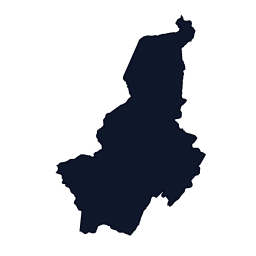 Piraí do Sul, Paraná, Brazil (orthographic projection), rotated 265°
{"feature_id": "56859067B71584283665697", "entity_name": "Piraí do Sul", "entity_type": "district", "adm_level": 2, "iso_a3": "BRA", "parent_name": "Brazil", "parent_adm1": "Paraná", "projection": "orthographic", "projection_center": [-49.926, -24.444], "detail": "fine", "context": "isolated", "style": "filled", "palette": "ink", "viewbox_px": 256, "rotation_deg": 265, "n_neighbors": 0, "source": "geoboundaries", "source_scale": "gbopen_adm2", "svg_char_len": 4987}
<svg xmlns="http://www.w3.org/2000/svg" viewBox="0 0 256 256"><g transform="rotate(265 128 128)"><path d="M29.8,71.5L29.5,72.6L28.8,73.6L27.4,75.1L26.8,76.1L27.1,77.7L28.2,79.4L28.3,80.5L27.6,81.7L26.8,83.8L26.9,85.4L27.4,86.5L29.3,87.2L31.0,88.2L32.4,88.5L33.5,89.7L34.1,91.9L34.9,94.3L34.5,96.7L34.1,98.0L33.3,99.4L32.7,100.3L32.7,102.0L30.7,102.3L29.7,102.9L28.8,104.6L28.2,106.2L27.9,107.4L27.3,108.2L25.5,109.8L25.2,110.8L25.0,112.3L25.2,113.8L24.4,115.0L23.4,116.7L22.6,118.7L21.7,120.0L21.5,121.3L22.7,121.8L23.3,123.0L24.6,123.9L26.2,126.0L27.2,126.7L28.6,127.6L29.8,128.3L30.7,129.5L31.6,130.3L32.8,130.5L33.8,131.0L34.8,131.5L36.6,132.1L37.7,132.5L39.2,133.4L40.9,134.2L42.4,135.1L44.1,135.6L45.3,137.0L46.4,138.4L47.8,139.0L49.1,140.5L50.7,141.8L51.9,142.8L53.9,143.7L56.4,144.5L57.7,145.5L58.2,146.8L58.0,148.3L56.7,150.1L58.9,152.8L60.4,154.6L62.9,157.7L61.6,158.3L60.6,157.9L59.0,156.4L58.0,155.9L57.0,156.2L56.2,157.0L56.9,158.7L57.3,160.2L55.7,160.9L52.6,162.9L50.9,162.2L49.0,161.3L48.0,161.3L48.3,162.2L46.8,162.8L47.3,164.2L48.7,165.8L49.9,166.8L50.9,167.9L51.4,168.8L52.2,169.9L52.8,171.4L54.2,172.8L55.0,173.4L56.0,174.2L57.5,175.6L58.7,177.0L59.8,178.2L61.2,178.7L62.4,178.9L63.5,180.3L63.6,181.6L63.5,183.1L63.8,184.3L64.0,185.5L65.1,186.6L66.6,186.7L67.9,186.3L69.1,185.9L70.7,185.9L71.4,186.7L72.7,188.2L73.7,189.3L74.6,190.0L75.3,191.1L75.6,193.5L77.0,195.0L78.1,195.1L79.2,195.1L81.0,195.7L82.4,195.5L83.6,194.1L84.8,194.8L85.6,196.0L86.4,196.7L94.7,202.4L95.9,201.1L96.7,200.0L97.1,198.6L97.9,197.5L99.0,197.4L100.3,196.9L101.4,195.8L101.6,194.5L101.7,192.4L102.1,190.8L102.9,189.8L104.3,189.9L105.9,189.6L107.1,190.4L108.0,192.1L109.3,193.2L110.5,194.4L112.0,195.4L114.3,193.9L115.9,190.2L116.5,188.5L117.7,185.3L118.5,184.4L119.8,183.6L120.3,182.4L122.0,182.2L122.0,179.9L122.8,179.3L124.0,178.5L125.5,178.1L126.8,178.4L127.7,178.0L129.1,176.8L130.3,175.7L131.2,174.6L132.6,174.6L133.3,176.0L133.5,179.4L133.7,180.5L134.6,181.6L136.1,182.0L137.5,182.0L138.7,182.3L139.6,181.7L140.6,181.1L141.8,181.1L143.5,181.7L145.3,182.4L146.7,184.1L147.3,185.3L148.2,186.2L149.0,187.2L150.4,188.3L151.4,187.5L151.7,185.8L152.9,184.1L154.5,183.7L156.0,183.7L157.7,184.3L159.1,184.4L160.1,184.2L161.2,184.5L163.1,185.1L164.8,185.2L166.8,185.5L168.0,185.9L169.6,185.8L171.1,185.9L172.4,186.7L173.7,186.6L174.8,187.0L175.8,187.2L177.4,187.9L179.3,187.0L180.9,187.8L181.6,189.4L183.4,189.6L184.7,189.5L186.2,189.3L187.8,188.5L189.0,188.6L190.3,187.7L192.0,187.3L193.7,187.5L195.7,187.5L197.6,187.6L199.1,187.3L200.1,187.8L201.4,187.2L202.5,187.7L203.8,188.2L204.4,190.0L205.5,190.8L206.8,192.9L208.0,194.0L208.9,195.1L209.4,196.8L209.4,198.1L210.9,198.6L212.3,200.6L215.4,201.5L216.4,201.7L217.6,202.3L219.0,202.9L220.6,201.9L221.9,201.3L222.8,200.0L224.1,199.3L226.5,200.1L228.2,199.8L229.3,198.5L228.9,196.4L229.5,193.0L231.1,192.1L233.2,191.8L234.5,191.0L233.0,190.7L232.0,188.9L231.7,187.6L230.7,186.8L229.4,185.9L228.3,185.1L227.2,185.8L226.1,186.8L225.1,187.2L224.1,187.3L223.4,188.9L221.8,188.5L220.0,187.7L219.2,186.5L218.9,185.5L218.1,184.2L218.7,182.7L218.6,180.6L218.7,178.8L218.4,177.5L218.4,175.5L218.0,174.5L217.9,173.1L218.0,170.6L217.5,168.3L217.4,167.3L216.7,165.8L217.1,164.2L217.5,162.9L217.0,161.9L217.2,160.5L217.1,158.7L217.5,157.6L217.7,156.4L217.7,155.1L217.5,153.5L216.9,151.2L215.9,149.7L215.3,148.4L214.4,147.5L213.3,146.8L209.1,144.6L205.5,142.6L183.8,130.7L179.9,128.5L177.5,127.9L176.4,128.7L175.4,129.2L175.2,130.4L173.6,130.7L172.2,130.8L170.7,132.3L169.6,131.3L168.2,131.8L167.2,132.8L166.1,132.4L164.8,132.8L163.5,132.7L162.1,133.0L161.2,133.6L160.1,134.2L158.7,134.2L157.7,133.1L156.9,131.7L155.8,130.7L154.7,129.8L153.8,129.0L152.9,128.2L152.2,126.6L151.7,125.4L151.3,124.4L151.1,123.0L144.9,112.7L144.3,111.9L144.0,110.8L144.0,109.3L143.4,108.0L142.0,107.2L140.7,107.0L139.6,106.1L137.9,104.5L136.4,104.7L134.8,104.5L133.3,104.7L131.7,103.7L130.6,102.3L129.8,101.3L129.4,100.3L128.8,99.2L127.6,97.6L126.4,97.4L125.2,97.3L124.2,96.6L123.0,96.3L121.6,96.3L120.4,97.2L119.2,97.6L117.8,97.4L116.7,98.4L115.8,99.3L114.7,100.0L113.5,100.8L112.0,100.9L110.5,100.8L109.1,100.8L108.7,99.9L108.2,98.4L107.3,96.9L106.4,95.6L106.2,93.6L104.9,92.1L103.6,92.5L102.5,92.1L101.6,90.7L102.0,89.1L103.4,87.5L103.4,86.1L103.8,84.7L104.3,83.1L105.0,81.8L104.3,80.5L105.1,79.9L105.1,78.8L104.1,77.1L103.0,74.9L101.4,72.6L101.2,71.6L101.3,70.1L101.4,67.9L100.6,66.2L99.6,64.4L99.4,63.1L98.8,61.3L98.9,60.2L99.0,58.8L98.3,56.9L96.8,55.5L96.7,54.5L95.8,55.1L93.9,55.5L92.8,55.2L91.5,54.8L90.8,53.9L89.8,53.1L88.7,55.5L88.4,56.7L87.6,57.9L86.0,58.8L84.9,58.4L83.8,58.4L82.7,59.3L81.4,59.2L80.3,58.6L79.5,58.0L78.6,58.5L78.3,60.7L77.2,61.7L76.1,61.1L75.3,61.9L74.0,64.7L71.9,65.4L70.5,65.8L69.3,66.1L68.2,67.1L67.3,68.5L66.0,69.2L65.0,69.4L63.8,70.3L62.4,70.4L60.8,70.0L59.9,68.9L58.7,68.4L57.7,68.2L56.7,69.4L55.6,70.1L54.5,70.6L51.1,71.9L50.6,72.8L50.3,74.7L48.5,75.1L36.1,72.7L30.7,71.7L29.8,71.5Z" fill="#0f172a" stroke="#020617" stroke-width="1.5"/></g></svg>